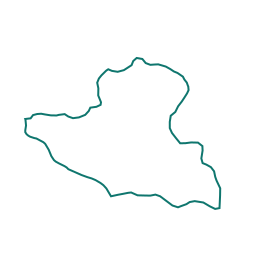 outline of Ryongrim, Chagang-do, North Korea, rotated 99°
{"feature_id": "82179303B90804961571919", "entity_name": "Ryongrim", "entity_type": "district", "adm_level": 2, "iso_a3": "PRK", "parent_name": "North Korea", "parent_adm1": "Chagang-do", "projection": "orthographic", "projection_center": [126.759, 40.48], "detail": "fine", "context": "isolated", "style": "outline", "palette": "teal", "viewbox_px": 256, "rotation_deg": 99, "n_neighbors": 0, "source": "geoboundaries", "source_scale": "gbopen_adm2", "svg_char_len": 1617}
<svg xmlns="http://www.w3.org/2000/svg" viewBox="0 0 256 256"><g transform="rotate(99 128 128)"><path d="M198.1,134.1L195.5,127.4L193.8,122.6L192.0,117.7L191.2,114.8L193.0,108.0L192.1,101.2L191.3,95.4L189.5,90.5L190.4,85.6L194.0,78.8L197.6,72.0L198.5,66.2L196.8,63.3L194.1,58.4L191.5,55.5L189.8,50.7L189.8,46.8L189.8,43.9L189.8,41.9L192.5,35.1L194.3,29.3L192.8,25.1L187.3,25.7L180.2,26.5L173.1,27.5L166.1,32.3L162.6,34.2L157.3,36.2L153.7,40.0L151.9,44.9L151.0,48.8L146.6,50.8L142.2,50.8L138.6,50.8L134.2,51.7L131.5,56.6L132.4,63.4L134.1,69.2L134.9,74.1L130.5,79.0L126.0,83.8L121.6,86.7L115.4,87.7L109.2,87.7L104.8,83.8L98.7,81.9L93.4,79.0L89.0,77.0L84.6,75.1L81.1,74.1L77.5,75.0L77.0,75.4L74.0,77.0L71.3,79.9L68.7,81.8L65.9,87.7L65.0,91.5L63.2,95.4L61.4,100.3L60.4,108.1L61.2,111.9L62.1,115.8L61.1,120.7L57.6,124.6L57.5,130.4L61.0,133.3L65.4,134.3L71.5,141.1L74.1,147.0L74.1,152.8L73.1,156.7L73.9,157.6L74.9,158.6L80.2,162.5L83.7,164.5L88.1,165.5L93.4,163.5L100.5,162.5L106.8,158.7L109.4,158.7L112.0,162.5L113.8,168.4L117.3,169.4L121.7,172.3L125.2,178.1L126.9,183.9L126.0,188.8L124.2,192.7L125.9,198.5L126.8,200.5L127.6,206.3L127.6,212.1L127.5,216.0L128.4,219.9L130.1,223.8L133.7,225.7L134.5,228.6L135.2,230.9L135.7,230.6L141.5,229.1L146.3,229.1L148.2,228.8L150.0,227.2L151.2,225.2L151.9,223.3L152.6,219.0L152.7,216.8L155.3,209.3L156.6,207.3L161.9,202.9L167.8,199.3L171.3,196.1L172.5,194.1L173.8,190.5L175.6,184.7L176.6,182.4L178.0,180.5L178.2,179.8L181.7,166.6L182.9,160.4L183.5,156.0L184.0,154.0L184.5,152.0L186.6,146.6L188.3,143.4L191.1,139.9L198.1,134.1Z" fill="none" stroke="#0f766e" stroke-width="2"/></g></svg>